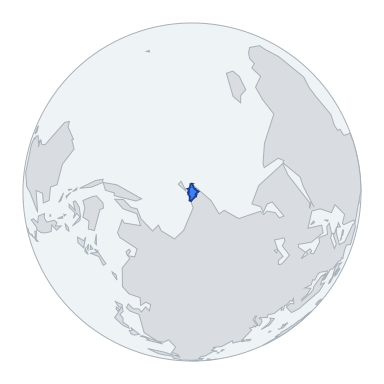 globe centered on Tamil Nadu, rotated 156°
{"feature_id": "IND-3263", "entity_name": "Tamil Nadu", "entity_type": "State", "adm_level": 1, "iso_a3": "IND", "parent_name": "India", "parent_adm1": "", "projection": "orthographic", "projection_center": [78.435, 10.806], "detail": "fine", "context": "on_globe", "style": "filled", "palette": "blue", "viewbox_px": 384, "rotation_deg": 156, "n_neighbors": 0, "source": "natural_earth", "source_scale": "10m", "svg_char_len": 11595}
<svg xmlns="http://www.w3.org/2000/svg" viewBox="0 0 384 384"><g transform="rotate(156 192 192)"><circle cx="192" cy="192" r="169" fill="#eef3f6" stroke="#a8b0b8"/><path d="M256.3,35.7L255.9,35.6L254.7,35.1L256.3,35.7ZM249.8,33.2L248.6,32.8L237.5,29.3L249.8,33.2ZM263.1,38.7L262.2,38.4L262.0,38.2L263.1,38.7ZM260.9,37.8L258.7,37.4L262.0,38.9L251.4,34.8L256.8,36.2L255.9,35.7L258.4,36.8L260.9,37.8ZM245.9,32.9L244.3,32.5L244.6,32.4L245.9,32.9ZM194.0,23.1L193.8,23.0L194.0,23.1ZM187.3,23.1L189.6,23.1L187.9,23.2L183.5,23.3L184.3,23.2L187.3,23.1ZM37.0,124.8L55.6,97.5L55.7,100.6L66.7,100.4L67.3,102.1L61.7,109.5L66.5,122.3L73.1,116.5L81.7,124.5L90.2,125.9L100.8,111.7L87.0,109.0L88.8,101.5L103.4,97.6L116.1,100.9L117.2,98.2L112.8,90.8L119.4,86.7L111.6,88.0L112.1,91.0L107.3,92.1L106.6,89.5L108.9,88.0L106.1,86.1L95.6,94.5L94.9,98.5L85.3,98.3L83.2,105.2L79.3,107.8L81.4,97.2L84.0,93.8L84.9,82.4L81.3,85.8L80.2,97.1L78.9,95.8L74.1,101.4L76.7,96.2L78.8,83.9L72.6,84.5L58.3,97.0L56.0,97.3L57.0,93.6L68.6,79.6L72.4,80.7L76.6,76.5L81.3,69.9L82.0,71.0L84.4,68.7L86.4,69.2L94.6,64.6L97.4,64.9L105.8,58.6L108.4,58.0L102.7,61.8L100.3,64.8L107.9,66.6L111.0,65.5L115.8,61.5L117.3,62.8L121.0,58.7L128.0,58.5L122.6,55.7L128.2,51.7L135.2,49.5L136.0,47.9L124.6,51.6L120.9,53.7L119.3,56.1L108.4,62.4L104.6,62.9L112.4,55.1L107.9,55.2L115.9,49.7L141.9,41.8L150.1,41.4L152.7,48.4L147.8,50.2L144.4,48.5L142.7,53.5L145.2,51.4L146.4,52.8L152.0,50.0L153.2,50.9L156.6,47.0L158.7,47.8L156.5,50.2L166.5,47.6L172.2,48.9L173.9,48.0L174.1,46.6L181.1,49.7L182.1,48.9L180.2,47.5L180.8,45.1L184.7,42.4L186.9,43.6L185.8,44.7L186.8,49.3L183.5,52.6L184.9,52.9L188.2,50.4L187.0,44.7L188.7,42.8L190.0,45.2L189.7,44.1L191.2,43.6L194.8,44.3L193.7,41.7L207.7,35.9L216.1,37.4L215.7,39.7L227.8,38.8L236.3,41.6L234.5,40.1L239.1,39.4L236.5,38.5L236.0,37.8L246.6,36.9L250.8,38.1L253.4,37.1L252.5,36.6L249.5,35.6L251.4,34.8L262.0,38.9L263.6,39.9L269.1,42.3L271.9,44.6L276.7,47.9L276.5,49.8L280.4,52.7L282.1,53.4L288.7,58.3L296.1,67.0L282.4,56.9L269.7,45.7L274.2,49.7L270.9,48.1L271.1,49.3L274.5,52.5L276.3,53.3L270.0,56.9L273.5,66.5L278.9,66.3L284.1,69.6L292.9,83.0L290.2,101.8L297.2,108.6L298.9,113.0L295.7,115.7L293.1,109.2L288.1,106.8L287.1,103.0L281.0,105.9L279.4,100.7L275.5,106.0L279.1,110.2L285.0,109.2L282.4,116.7L290.9,124.4L294.0,133.8L286.7,150.9L276.2,156.4L276.0,159.5L270.7,156.1L265.3,162.4L276.4,179.9L276.6,185.1L267.1,195.2L266.6,191.3L252.7,182.2L251.2,194.6L261.8,204.7L265.5,216.8L257.8,213.1L253.9,202.6L249.0,199.0L249.5,188.2L243.9,172.4L236.1,175.4L235.9,169.1L227.0,156.2L215.3,160.3L197.4,177.0L196.1,193.3L189.4,200.4L178.1,176.6L176.1,160.9L170.1,162.2L160.1,148.7L137.4,146.6L135.8,142.4L131.2,144.0L124.4,139.4L122.7,132.8L117.8,132.7L122.8,150.3L128.2,150.5L135.1,144.5L135.3,150.7L142.1,156.8L128.5,170.7L97.5,181.0L97.4,168.7L88.8,134.1L90.7,130.7L90.8,130.3L90.8,129.5L87.1,135.0L86.6,128.5L88.1,151.8L87.1,161.7L97.1,181.7L95.4,183.4L99.5,187.8L116.1,184.9L115.6,189.0L106.0,207.0L85.5,230.0L89.9,247.5L91.3,261.9L82.3,269.7L86.9,281.0L82.8,283.9L85.0,290.1L83.9,295.8L80.6,300.6L70.8,298.2L67.2,292.5L57.7,280.3L43.2,251.6L42.5,239.8L40.3,229.9L33.6,206.2L34.9,194.6L33.8,189.0L31.3,189.1L30.5,182.5L29.2,181.7L23.9,181.4L24.3,172.1L25.2,165.0L28.0,151.3L31.9,137.9L37.0,124.8ZM44.2,113.3L42.5,116.4L44.2,113.3ZM126.6,112.7L136.2,114.6L137.0,105.0L140.7,105.1L139.6,102.0L137.0,104.3L135.0,96.1L141.0,94.3L142.5,90.5L139.3,89.7L128.7,94.6L131.4,106.1L127.0,109.4L126.6,112.7ZM95.6,57.1L94.5,58.7L91.2,61.0L87.6,62.1L92.5,58.5L95.6,57.1ZM93.8,60.5L102.5,53.2L105.0,52.7L102.1,54.2L102.9,54.6L98.5,57.1L92.4,64.3L89.0,67.0L84.3,66.6L87.7,65.0L88.6,63.4L93.8,60.5ZM120.2,39.9L124.0,38.0L124.6,39.2L121.0,41.0L117.2,41.7L119.2,40.2L120.2,39.9ZM162.6,25.6L163.2,25.5L163.8,25.4L171.8,24.3L170.9,24.4L175.4,23.9L173.8,24.1L176.0,24.0L176.6,24.3L171.4,25.3L174.3,25.1L174.9,25.7L170.9,26.7L170.5,26.1L166.4,27.9L163.5,27.7L163.2,27.9L159.4,28.3L154.2,29.4L153.5,29.2L151.8,29.8L149.3,30.3L146.7,31.1L144.5,31.1L141.2,32.2L142.1,31.7L136.9,33.5L139.8,32.2L136.7,33.1L135.6,33.9L131.0,34.4L146.6,29.3L162.6,25.6ZM183.6,23.2L183.1,23.3L184.8,23.2L182.6,23.4L187.9,23.3L182.4,23.9L178.1,24.3L178.9,23.6L177.2,23.7L183.6,23.2ZM70.7,99.7L71.7,100.4L73.8,100.6L70.8,104.4L70.7,99.7ZM71.9,91.3L73.2,91.1L69.9,96.1L68.9,95.6L71.9,91.3ZM76.6,87.1L73.5,90.7L74.6,88.5L76.6,87.1ZM104.2,61.6L105.9,61.4L105.0,62.4L102.8,63.7L104.2,61.6ZM158.2,33.9L158.6,33.0L159.8,32.8L163.9,30.9L166.4,31.1L164.9,32.4L158.2,33.9ZM96.9,113.8L92.8,116.1L92.3,114.5L93.8,114.0L96.9,113.8ZM80.0,110.0L82.5,112.7L79.1,111.0L80.0,110.0ZM161.6,33.9L163.0,33.0L163.3,33.7L161.6,33.9ZM168.4,31.3L169.3,32.0L167.1,31.0L168.4,31.3ZM173.6,337.2L176.5,338.9L173.6,338.9L173.6,337.2ZM115.6,262.6L112.3,286.5L105.5,285.8L101.8,278.3L101.3,263.6L108.4,260.2L111.3,253.7L115.6,262.6ZM300.3,243.3L304.1,243.8L303.9,244.6L300.3,243.3ZM296.4,240.9L300.9,240.9L295.4,242.6L296.4,240.9ZM302.6,240.9L307.2,239.1L309.2,237.7L308.7,239.4L302.6,240.9ZM293.2,241.1L275.3,241.7L268.0,239.8L269.9,237.0L281.8,237.3L293.2,241.1ZM269.3,236.9L257.8,229.2L240.8,206.3L246.9,206.6L264.5,220.3L263.4,222.8L270.4,228.9L269.3,236.9ZM296.3,221.2L295.1,228.6L285.4,228.4L280.9,227.4L277.8,218.1L279.5,213.3L283.3,213.3L296.9,196.5L301.8,200.3L297.9,207.3L301.9,213.4L296.3,221.2ZM197.0,194.9L201.4,204.7L197.6,206.2L197.0,194.9ZM301.5,185.0L296.6,192.3L300.8,182.7L301.5,185.0ZM303.5,176.1L304.3,179.6L301.7,176.3L303.5,176.1ZM276.6,164.3L272.6,165.3L272.2,162.8L276.9,160.2L276.6,164.3ZM296.3,142.0L297.7,149.2L297.5,151.6L295.0,147.4L296.3,142.0ZM184.8,38.2L176.4,40.3L172.0,42.7L172.1,45.1L168.3,42.9L175.1,39.1L184.8,38.2ZM204.7,35.9L204.5,34.3L207.0,34.8L207.4,35.2L204.7,35.9ZM202.9,35.1L198.3,33.6L199.7,32.6L203.1,33.9L202.9,35.1ZM179.6,32.8L177.0,33.3L176.7,32.6L179.6,32.8ZM305.2,315.1L309.3,309.9L311.9,308.9L307.3,313.7L305.2,315.1ZM306.9,295.0L280.1,307.3L275.3,306.3L278.8,301.8L278.8,288.4L280.6,288.6L282.2,279.3L299.3,269.9L312.3,253.6L319.2,254.1L326.0,242.3L332.3,242.5L329.0,251.6L333.8,256.8L341.3,236.3L340.1,257.2L340.8,264.2L336.0,277.4L319.3,300.8L313.6,305.8L314.4,303.9L311.5,306.4L309.7,305.9L312.5,298.9L309.5,301.4L314.1,295.7L309.0,300.9L309.8,296.4L306.9,295.0ZM349.9,252.1L350.2,251.3L350.1,251.5L349.9,252.1ZM356.8,226.8L357.1,225.6L357.0,226.4L356.8,226.8ZM309.6,243.5L315.2,237.5L318.0,236.8L309.6,243.5ZM357.0,224.6L356.6,224.6L356.8,223.4L357.0,224.6ZM357.4,221.9L357.6,220.3L357.3,224.0L357.4,221.9ZM357.0,218.6L357.2,221.3L356.9,219.0L357.0,218.6ZM356.6,219.2L356.2,218.1L356.2,217.6L356.6,219.2ZM348.2,222.9L350.2,232.0L347.8,232.1L345.4,226.7L342.1,232.5L335.5,232.3L337.5,228.7L336.9,223.6L329.3,222.2L327.8,219.0L330.7,216.5L325.3,214.2L331.3,212.2L333.5,219.0L336.8,213.2L341.8,214.1L346.2,216.0L349.1,220.8L348.2,222.9ZM330.7,227.5L331.7,227.4L330.7,229.6L330.7,227.5ZM355.3,214.5L355.9,217.7L355.8,218.5L355.4,218.1L355.3,214.5ZM349.9,219.5L353.2,213.2L353.9,213.2L351.5,220.1L349.9,219.5ZM352.7,209.6L354.0,210.2L354.5,213.4L354.2,214.3L352.7,209.6ZM318.5,222.0L318.2,223.9L316.5,222.5L318.5,222.0ZM320.7,220.7L325.6,222.5L320.2,222.4L320.7,220.7ZM304.5,214.9L306.1,219.4L311.3,216.2L307.3,220.6L310.5,228.0L309.2,230.9L306.1,222.9L304.5,231.4L302.2,231.4L301.2,224.2L303.7,215.3L306.0,211.6L315.1,209.6L304.5,214.9ZM320.8,215.1L319.4,209.9L320.4,206.3L321.9,209.0L320.8,215.1ZM314.9,197.4L310.7,191.5L307.4,194.0L313.7,185.2L316.8,192.2L314.9,197.4ZM310.7,184.2L307.6,186.5L310.5,181.4L310.7,184.2ZM306.5,184.5L305.7,180.3L308.4,180.7L306.5,184.5ZM312.4,184.3L312.2,177.1L314.0,181.3L312.4,184.3ZM303.4,171.0L309.9,177.6L302.2,175.0L299.8,161.5L302.9,161.1L303.4,171.0ZM307.9,117.8L305.9,114.3L308.2,113.4L308.9,116.0L307.9,117.8ZM313.8,108.7L308.2,112.1L303.4,115.5L305.8,117.0L306.5,123.1L301.7,117.6L303.6,110.9L307.6,109.5L306.3,104.7L308.1,101.4L304.7,95.6L304.9,93.1L309.2,98.1L313.8,108.7ZM303.1,93.2L297.9,83.4L303.1,84.8L305.4,87.2L305.6,91.0L302.8,90.0L303.1,93.2ZM298.2,81.6L295.5,80.7L282.2,67.5L280.6,65.1L293.5,75.2L291.6,75.0L294.0,78.2L298.2,81.6ZM245.9,33.2L244.5,32.6L246.3,33.2L245.9,33.2ZM234.5,37.3L234.1,36.5L236.3,37.0L234.5,37.3ZM234.2,34.6L232.0,34.6L233.4,34.1L234.2,34.6ZM227.2,35.0L230.7,34.4L228.7,35.7L227.2,35.0Z" fill="#d9dde1" stroke="#a8b0b8" stroke-width="1"/><path d="M196.1,192.0L196.1,192.6L196.1,193.3L196.1,193.5L195.9,193.6L195.5,193.4L195.4,193.4L195.4,193.5L195.6,193.5L195.8,193.5L195.3,193.5L195.2,193.4L195.4,193.4L195.2,193.4L195.0,193.5L194.9,193.5L194.8,193.4L194.5,193.6L194.4,193.7L194.4,193.8L194.4,194.1L194.5,194.3L194.3,194.3L194.2,194.5L194.0,194.8L193.9,194.9L193.9,195.0L193.6,195.4L193.5,195.5L193.4,195.7L193.4,195.8L193.4,196.0L193.5,196.1L193.8,196.4L194.0,196.5L194.4,196.5L194.6,196.4L194.6,196.5L195.0,196.9L194.9,196.9L194.7,196.7L194.1,196.5L193.9,196.6L193.7,196.5L193.4,196.6L193.2,196.6L192.9,196.8L192.7,196.8L192.1,197.0L191.9,197.0L191.4,197.4L191.4,197.5L191.2,197.9L191.2,198.1L191.3,198.0L191.3,197.9L191.4,198.0L191.2,198.1L191.1,198.3L191.1,198.5L191.1,198.8L191.0,199.0L190.9,199.2L190.7,199.3L190.2,199.6L190.0,199.8L189.7,199.8L189.4,199.9L189.5,200.0L189.3,200.0L189.1,200.0L188.7,199.9L188.5,199.7L188.1,199.4L188.3,199.4L188.3,199.2L188.4,198.9L188.5,198.9L188.6,198.7L188.4,198.5L188.4,198.4L188.3,198.2L188.5,198.0L188.6,197.8L188.5,197.7L188.4,197.6L188.3,197.3L188.4,197.2L188.5,197.1L188.7,196.4L188.8,196.3L188.9,196.1L189.0,196.0L189.0,195.9L188.8,195.6L188.7,195.6L188.4,195.6L188.5,195.0L188.5,194.7L188.5,194.2L188.6,193.9L188.6,193.7L188.5,193.4L188.4,193.3L188.1,193.5L187.9,193.6L187.7,193.7L187.4,193.4L187.3,193.2L187.3,192.9L187.3,192.7L187.3,192.4L187.5,192.4L187.5,192.2L187.4,192.0L187.3,191.8L187.2,191.7L186.9,191.5L186.9,191.4L187.0,191.3L187.1,191.2L186.9,190.9L187.0,190.8L187.0,190.7L186.8,190.8L186.5,190.8L186.4,190.8L186.2,190.8L186.2,190.7L186.3,190.6L186.5,190.5L186.5,190.4L186.4,190.3L186.3,190.2L186.1,190.1L185.8,190.0L185.7,190.0L185.7,189.9L185.6,189.7L185.8,189.7L186.0,189.5L186.2,189.4L186.3,189.3L186.5,189.3L186.6,189.5L187.1,189.5L187.3,189.6L187.4,189.3L187.5,189.2L187.8,189.0L188.1,189.2L188.4,189.0L188.5,189.1L188.8,189.1L189.0,189.1L189.2,188.8L189.3,188.7L189.7,188.6L189.8,188.6L190.0,188.3L190.1,188.2L189.9,187.9L189.3,187.9L189.2,187.8L189.3,187.8L189.2,187.8L189.2,187.7L189.4,187.6L189.5,187.5L189.6,187.3L189.7,187.1L189.5,186.9L189.6,186.6L189.9,186.5L190.1,186.4L190.1,186.1L190.3,185.9L190.5,185.9L190.6,186.1L190.8,186.1L191.1,186.1L191.4,186.2L191.5,186.4L191.6,186.5L191.8,186.6L192.0,186.6L192.2,186.4L192.3,186.3L192.4,186.2L192.5,186.0L192.6,185.7L192.8,185.5L192.8,185.4L193.2,185.3L193.3,185.4L193.5,185.3L193.8,185.4L194.1,185.4L194.3,185.1L194.5,185.1L194.7,184.9L194.8,184.9L194.8,184.7L195.0,184.5L195.3,184.7L195.6,184.7L195.6,184.8L195.9,184.9L195.8,184.7L196.0,184.7L196.4,184.4L196.5,184.2L196.6,183.9L196.7,184.0L196.8,184.0L197.1,184.2L197.3,184.1L197.2,184.2L197.4,184.3L197.4,184.2L197.5,184.5L197.5,184.8L197.4,184.8L197.5,184.9L197.4,184.9L197.4,185.1L197.3,185.3L197.3,185.6L197.3,186.0L197.2,186.2L197.2,186.4L197.2,186.5L197.0,186.9L197.0,187.1L196.8,187.4L196.7,187.5L196.4,187.8L196.5,187.8L196.3,188.1L196.2,188.3L196.1,188.5L195.9,188.7L195.7,188.5L195.7,188.8L196.0,189.0L195.9,189.1L195.8,189.7L195.8,189.8L195.9,190.0L196.0,190.1L196.0,190.3L195.9,190.3L195.6,190.5L195.8,190.4L196.0,190.4L196.0,190.6L196.1,190.9L196.1,191.4L196.1,191.5L195.9,191.5L195.7,191.5L195.8,191.5L195.7,191.6L195.8,191.7L195.8,191.8L195.9,191.7L195.9,191.8L196.0,191.8L195.9,191.9L196.0,191.9L196.0,192.0L196.1,192.0Z" fill="#3b82f6" stroke="#1e3a8a" stroke-width="1.5"/></g></svg>